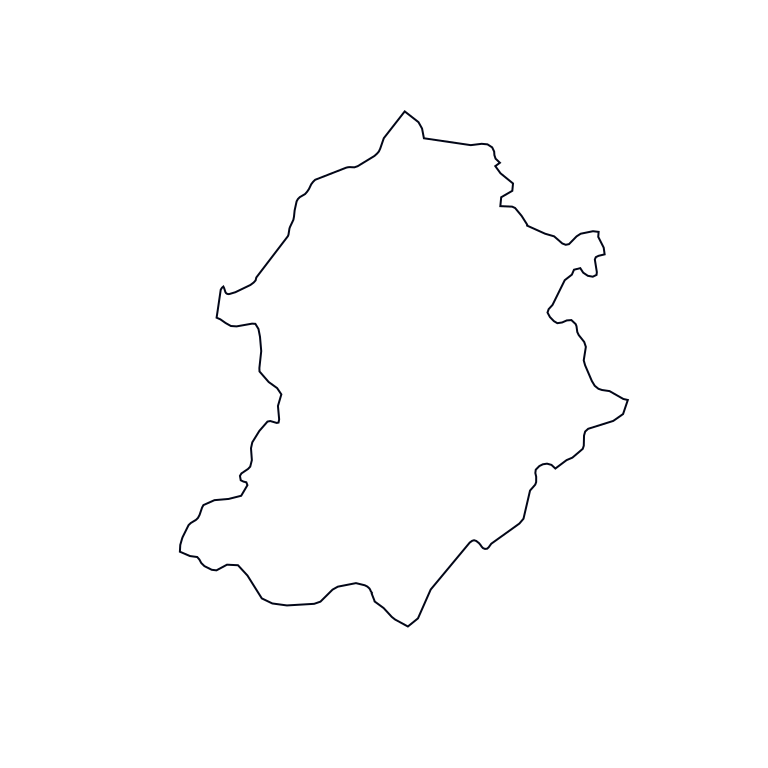 Turin, Albers equal-area conic projection, rotated 326°
{"feature_id": "ITA-5434", "entity_name": "Turin", "entity_type": "Province", "adm_level": 1, "iso_a3": "ITA", "parent_name": "Italy", "parent_adm1": "", "projection": "albers", "projection_center": [7.434, 45.157], "detail": "fine", "context": "isolated", "style": "outline", "palette": "ink", "viewbox_px": 768, "rotation_deg": 326, "n_neighbors": 0, "source": "natural_earth", "source_scale": "10m", "svg_char_len": 2902}
<svg xmlns="http://www.w3.org/2000/svg" viewBox="0 0 768 768"><g transform="rotate(326 384 384)"><path d="M268.2,598.4L261.5,585.5L260.2,581.4L258.4,569.5L254.6,559.0L254.9,558.4L256.6,550.8L257.2,550.5L257.2,548.2L257.5,546.9L257.6,545.4L256.9,542.6L255.5,540.1L249.4,533.4L232.4,526.2L226.4,525.7L209.6,528.9L203.2,527.2L179.7,513.3L168.7,503.5L162.8,493.4L163.7,466.5L161.6,452.6L152.8,446.0L140.9,444.8L137.3,441.7L133.3,434.6L132.4,430.2L132.8,426.3L132.4,423.0L126.9,418.1L121.0,408.9L125.1,403.5L130.1,399.3L131.3,398.4L143.1,391.7L146.1,391.2L152.3,391.5L154.9,391.0L157.9,389.4L164.1,384.7L166.6,383.4L178.5,385.5L190.9,392.4L203.1,396.8L214.2,391.5L214.9,388.5L212.9,386.3L211.4,383.7L213.2,379.6L215.8,378.4L223.8,378.4L226.9,377.7L231.9,373.2L237.8,362.9L242.2,358.7L254.4,353.2L266.4,350.0L269.0,351.1L273.3,356.3L275.0,357.0L277.3,354.7L283.8,342.9L293.1,335.2L293.1,327.6L289.5,317.9L287.8,304.0L289.6,301.1L300.6,288.1L307.6,275.5L310.7,268.2L311.0,262.2L308.4,260.2L294.0,253.8L289.5,250.3L286.8,244.9L284.5,238.9L282.3,235.4L287.0,230.3L301.4,214.5L303.5,213.6L305.3,213.4L305.1,215.0L303.9,219.2L303.9,219.6L303.9,220.4L304.4,221.6L305.3,222.5L306.3,223.0L312.1,224.8L328.6,227.2L332.7,227.0L335.5,226.3L337.7,224.3L387.0,207.7L388.3,206.8L392.6,202.2L393.8,201.3L400.7,197.2L402.9,195.0L407.0,190.1L413.7,183.7L416.1,182.5L418.7,182.0L424.8,182.4L427.8,181.6L430.8,180.4L435.4,177.7L438.4,176.7L441.1,176.2L473.6,183.5L475.2,184.1L476.7,184.9L480.6,187.8L483.9,188.7L503.6,189.6L507.1,189.1L509.7,188.4L512.4,186.8L521.3,180.1L553.6,169.6L559.0,186.2L558.4,193.5L554.5,202.6L589.5,234.5L599.3,239.5L603.8,243.2L606.0,248.3L605.3,252.9L603.5,256.0L602.5,259.6L603.8,265.4L598.1,265.6L598.4,274.5L603.1,289.9L598.4,295.6L585.6,294.7L579.9,301.6L589.4,308.6L591.1,311.4L592.1,321.6L591.8,332.0L591.2,332.7L601.6,349.5L607.6,356.7L610.4,367.2L612.5,370.2L615.6,371.5L626.2,369.3L631.1,369.4L642.7,374.2L647.0,377.9L643.9,381.8L642.4,393.8L639.4,399.9L633.5,397.7L630.5,397.3L628.4,398.7L623.0,410.3L621.2,412.4L617.1,411.8L613.5,408.3L611.4,403.1L611.5,397.7L605.4,395.5L600.9,398.4L591.9,399.0L567.9,412.7L562.4,414.0L559.5,416.2L559.0,421.3L560.0,426.9L561.7,430.5L566.1,432.6L571.1,433.5L575.1,435.8L576.4,441.5L575.9,443.7L573.3,449.0L572.8,452.3L573.5,461.1L572.1,466.1L562.8,476.1L561.2,480.9L558.0,497.7L557.7,503.3L559.1,507.9L561.4,510.9L567.0,516.0L574.0,530.2L577.2,533.6L565.4,542.6L553.4,542.8L528.2,535.3L524.2,535.9L521.0,538.6L515.1,546.9L512.5,548.9L499.0,550.4L492.8,549.2L478.8,549.9L477.6,544.7L474.6,541.2L470.8,539.4L466.9,538.9L461.9,539.9L459.7,542.4L458.3,546.0L455.3,550.4L453.1,552.0L445.5,554.0L424.3,573.7L418.2,575.4L383.6,576.4L379.5,577.9L377.4,578.2L375.5,577.2L374.3,575.4L374.0,573.5L374.0,571.5L373.8,569.2L372.7,565.7L371.3,563.9L369.4,563.3L366.4,563.4L307.8,580.5L281.1,597.3L268.2,598.4Z" fill="none" stroke="#020617" stroke-width="2"/></g></svg>